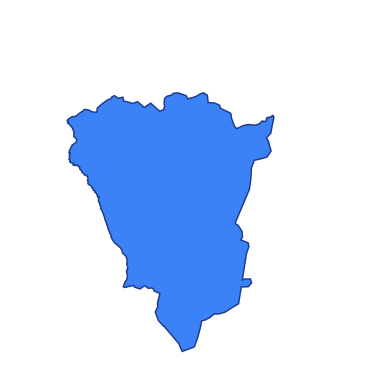 Kirfi, Bauchi, Nigeria (Natural Earth projection), rotated 56°
{"feature_id": "59680162B60638866528984", "entity_name": "Kirfi", "entity_type": "district", "adm_level": 2, "iso_a3": "NGA", "parent_name": "Nigeria", "parent_adm1": "Bauchi", "projection": "natural_earth1", "projection_center": [10.416, 10.451], "detail": "fine", "context": "isolated", "style": "filled", "palette": "blue", "viewbox_px": 384, "rotation_deg": 56, "n_neighbors": 0, "source": "geoboundaries", "source_scale": "gbopen_adm2", "svg_char_len": 5459}
<svg xmlns="http://www.w3.org/2000/svg" viewBox="0 0 384 384"><g transform="rotate(56 192 192)"><path d="M318.7,289.3L321.7,276.6L318.9,272.8L315.5,268.2L308.6,260.4L305.5,257.4L304.3,256.0L305.5,252.3L306.0,247.5L305.5,242.0L307.9,238.3L310.1,231.8L310.2,224.6L310.2,224.4L310.5,219.3L310.6,217.9L310.7,215.9L298.3,204.3L302.0,198.2L300.7,193.5L296.8,192.2L293.7,196.8L293.0,199.4L273.8,181.6L268.9,175.2L265.4,173.9L259.0,178.4L257.4,175.2L252.7,172.6L249.6,172.5L246.9,172.4L244.8,172.6L243.2,173.6L241.7,173.3L222.0,143.1L214.5,136.3L205.2,129.2L200.5,122.7L203.6,114.6L205.0,110.1L202.2,103.5L192.4,100.2L188.7,100.0L187.4,94.0L176.2,82.7L175.1,82.1L173.8,82.1L173.5,82.6L173.8,83.1L174.0,83.8L173.6,84.4L174.0,85.0L173.6,86.0L173.2,86.2L172.7,87.0L172.5,87.8L172.4,88.7L172.8,89.2L173.2,89.3L173.8,89.7L173.9,90.4L174.3,91.0L174.2,91.7L174.1,92.5L173.8,93.4L173.3,93.4L173.0,93.4L172.6,94.1L172.3,94.8L173.0,96.4L172.9,99.4L172.1,102.0L170.2,104.5L167.9,107.0L167.2,108.4L165.9,111.4L165.2,114.5L165.0,116.8L164.2,119.8L160.2,119.9L159.0,119.4L153.3,118.1L149.5,116.3L148.4,116.1L148.1,116.0L138.6,121.6L135.5,120.6L130.9,123.5L126.9,128.6L120.4,125.2L116.2,127.0L115.4,129.6L115.0,135.3L114.1,138.6L112.4,143.4L108.9,143.0L104.0,146.6L101.9,148.3L99.7,152.4L100.3,154.3L98.7,159.2L99.0,162.0L99.8,163.1L103.5,165.9L105.6,166.8L107.9,169.6L106.9,173.6L95.3,176.6L95.2,184.4L86.6,186.6L85.6,191.4L82.6,193.9L80.9,195.4L78.2,197.8L76.7,197.0L74.9,196.3L74.7,196.3L73.1,200.7L68.8,202.4L68.4,205.6L69.3,207.0L68.4,210.5L68.6,216.7L69.4,223.6L71.2,225.0L72.6,226.5L70.1,229.6L66.1,232.0L63.4,234.8L63.9,237.8L63.8,240.8L64.2,245.8L62.3,250.2L62.5,251.1L62.6,252.4L62.4,253.1L62.4,254.2L62.9,255.1L63.3,255.7L63.8,255.2L64.2,255.0L64.9,255.4L65.1,256.2L65.5,256.6L66.6,255.9L71.7,255.3L76.2,256.3L79.9,259.0L82.3,258.4L84.0,258.1L86.0,260.2L86.1,265.2L88.8,269.9L89.3,270.5L89.8,271.2L90.3,271.4L90.6,271.6L91.0,271.4L91.1,271.8L91.1,272.1L91.4,272.0L91.5,271.7L91.7,271.4L91.9,271.6L92.3,271.8L92.6,271.9L92.9,272.3L92.8,272.7L92.9,272.9L93.2,272.9L93.4,273.1L93.4,273.4L93.4,273.6L93.9,273.8L94.3,273.7L94.6,273.8L94.8,274.1L95.0,274.3L95.3,274.5L95.6,274.5L95.7,274.9L95.8,275.2L95.8,275.5L96.0,275.7L96.4,275.6L96.7,275.6L97.0,275.4L97.5,275.3L97.9,275.5L98.0,275.7L98.1,275.9L98.3,275.8L98.4,276.1L98.4,276.4L98.5,276.5L99.0,276.4L99.3,276.2L99.7,276.0L100.2,275.8L100.6,275.6L100.9,275.3L101.0,275.1L101.1,274.9L101.2,274.7L101.3,274.6L101.5,274.6L102.0,274.8L102.4,274.9L102.5,275.1L102.8,275.4L103.0,275.5L103.4,275.4L103.5,275.3L103.6,275.1L103.7,274.8L103.7,274.6L103.5,274.4L103.4,274.1L103.5,274.0L103.9,274.0L104.0,273.9L104.3,273.9L104.5,274.0L104.7,273.9L104.9,273.7L104.9,273.3L105.0,273.0L105.1,272.8L105.2,272.7L105.4,272.7L105.6,272.6L105.8,272.5L105.8,272.3L105.9,272.1L106.0,272.0L106.1,271.9L106.3,271.8L106.5,271.9L107.1,271.9L107.3,271.9L107.6,271.8L107.8,271.7L108.0,271.5L108.1,271.4L108.3,271.3L108.5,271.2L109.0,271.3L109.3,271.5L109.5,271.8L109.9,272.0L110.1,272.1L110.3,272.1L110.5,272.1L110.8,272.0L111.1,272.1L111.3,272.0L111.4,271.8L111.6,271.7L111.8,271.6L112.0,271.7L112.1,271.8L112.3,271.8L112.6,271.8L112.8,271.8L113.0,271.8L113.3,272.0L113.6,272.1L113.8,272.1L114.0,272.1L114.4,272.2L114.5,272.2L114.8,272.1L115.0,272.0L115.3,271.9L115.5,271.8L115.9,271.7L116.3,271.6L116.6,271.6L116.8,271.5L117.2,271.6L117.4,271.6L117.6,271.6L117.9,271.6L118.0,271.4L118.0,271.2L118.1,270.9L118.2,270.7L118.4,270.6L118.6,270.5L118.8,270.5L119.0,270.4L119.3,270.5L119.6,270.5L119.8,270.4L120.1,270.1L120.3,270.0L120.6,270.2L120.8,270.2L121.1,270.1L121.4,270.3L121.9,270.3L122.4,270.5L122.8,270.8L123.2,271.1L123.4,271.5L123.7,272.0L123.9,272.2L124.2,272.3L124.6,272.2L125.0,272.2L125.2,272.3L125.4,272.5L125.6,272.5L125.9,272.7L126.1,273.0L126.4,273.1L126.5,273.4L126.9,273.4L127.5,273.6L128.9,273.0L129.8,272.5L130.6,272.2L131.6,272.3L132.6,272.7L133.4,272.3L134.1,272.4L134.9,272.7L135.1,272.8L135.5,272.7L135.8,272.3L136.1,272.3L136.1,272.2L136.3,272.0L136.5,271.9L136.9,271.8L137.2,271.8L137.4,271.9L137.5,272.1L137.6,272.3L137.6,272.5L137.8,272.6L138.1,272.6L138.3,272.5L138.4,272.4L138.6,272.3L138.9,272.2L139.1,272.1L139.3,272.0L139.6,272.1L140.0,272.2L140.3,272.2L140.7,272.2L140.9,272.4L141.2,272.5L141.4,272.5L141.7,272.4L141.9,272.3L142.0,272.4L142.2,272.5L142.4,272.7L142.7,272.7L142.9,272.8L143.1,272.9L143.3,273.0L143.5,273.0L143.7,272.6L143.7,272.2L143.9,271.8L144.1,271.5L144.6,272.5L145.1,272.9L145.8,273.6L146.6,274.3L147.2,274.7L148.0,274.8L148.6,274.9L148.9,274.6L149.8,274.8L150.6,275.3L151.7,275.7L152.8,275.8L153.9,276.3L154.7,277.1L155.2,277.1L155.7,277.0L156.5,276.9L157.1,277.0L157.9,277.2L159.3,277.4L164.3,278.8L166.7,279.7L169.1,280.1L171.1,280.8L173.1,281.3L174.9,281.8L176.6,282.4L178.8,282.7L179.9,283.0L182.6,283.5L184.8,284.4L187.3,284.6L190.4,284.7L198.1,282.6L201.0,282.6L203.6,283.7L207.7,282.8L209.5,282.9L211.5,283.6L213.0,284.4L214.1,285.3L214.8,285.9L215.5,286.6L216.9,286.7L217.9,287.3L218.7,287.3L219.4,288.5L220.3,289.1L220.7,289.8L220.7,290.4L221.6,290.9L223.8,291.8L225.5,292.4L226.7,293.6L228.0,295.0L228.4,296.0L229.0,297.5L232.1,301.9L233.6,301.1L234.0,299.9L236.6,292.9L237.8,292.7L238.7,292.8L243.3,289.3L243.2,284.4L243.5,283.5L247.5,282.1L248.9,279.1L250.1,278.4L252.1,278.5L253.1,278.7L258.1,275.3L265.2,283.1L267.7,284.2L269.8,287.6L270.0,287.7L271.0,289.6L279.7,291.7L287.0,290.7L287.1,290.3L310.4,287.7L318.7,289.3Z" fill="#3b82f6" stroke="#1e3a8a" stroke-width="1.5"/></g></svg>